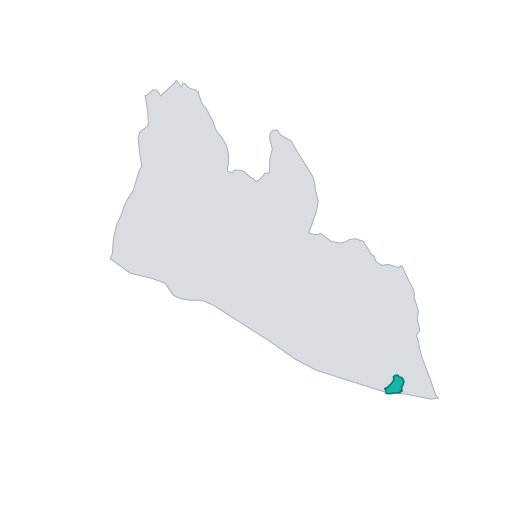 Grand Cess Wedabo, Grand Kru, Liberia shown in context, rotated 342°
{"feature_id": "62588387B28167569470031", "entity_name": "Grand Cess Wedabo", "entity_type": "district", "adm_level": 2, "iso_a3": "LBR", "parent_name": "Liberia", "parent_adm1": "Grand Kru", "projection": "equal_earth", "projection_center": [-8.082, 4.634], "detail": "fine", "context": "in_parent", "style": "filled", "palette": "teal", "viewbox_px": 512, "rotation_deg": 342, "n_neighbors": 0, "source": "geoboundaries", "source_scale": "gbopen_adm2", "svg_char_len": 4480}
<svg xmlns="http://www.w3.org/2000/svg" viewBox="0 0 512 512"><g transform="rotate(342 256 256)"><path d="M116.5,213.5L120.1,209.4L125.4,196.3L132.8,183.7L139.8,176.2L145.3,168.5L151.0,162.6L159.4,155.8L172.1,137.6L175.1,135.5L177.1,123.0L180.3,107.1L184.0,102.1L192.6,99.2L194.6,96.4L197.7,85.2L199.7,72.1L199.9,69.3L203.3,68.9L209.1,66.1L212.5,67.4L214.0,71.1L214.7,74.3L232.3,66.1L233.9,64.5L234.8,64.7L237.0,72.1L238.3,71.7L239.4,69.5L240.5,69.3L241.9,70.3L243.3,73.7L245.5,76.8L249.3,79.0L251.7,82.0L251.5,89.8L252.4,97.5L254.0,99.2L254.9,103.8L255.4,108.8L256.3,111.4L256.9,116.5L256.6,121.9L257.2,125.7L260.0,132.3L261.8,140.6L261.8,146.5L260.8,152.7L258.9,158.3L255.6,164.5L255.3,166.9L257.3,168.5L260.2,168.9L262.7,167.6L268.9,170.4L272.2,174.5L275.1,179.5L277.7,182.1L278.8,185.2L283.3,184.3L288.4,181.3L289.5,179.9L291.0,180.6L294.3,180.9L296.6,175.5L298.5,169.1L302.5,162.3L304.5,159.6L305.0,155.3L305.2,149.6L306.6,144.7L309.9,142.0L313.5,142.1L315.4,143.1L316.4,147.8L319.3,151.4L321.7,153.9L323.0,155.0L325.0,157.8L327.0,167.3L334.6,198.2L334.2,206.7L332.7,212.3L332.6,217.7L332.1,223.1L327.5,231.9L313.7,250.0L314.8,251.6L318.0,253.6L321.4,254.7L324.1,254.1L327.6,258.7L331.3,264.3L335.2,267.3L340.9,269.9L345.8,270.2L350.0,269.2L356.0,270.3L362.3,275.0L364.5,282.7L366.0,289.5L368.2,292.9L368.5,298.8L373.0,303.9L379.4,304.9L387.8,310.9L389.9,310.6L390.8,309.9L391.8,311.0L393.9,328.4L395.5,337.6L394.7,341.4L393.6,344.3L393.5,358.3L389.7,366.4L389.1,375.3L388.1,378.1L384.0,380.7L384.0,387.5L382.9,395.7L382.5,404.4L383.7,427.3L383.9,444.3L385.7,447.5L377.9,446.1L354.8,433.1L337.1,425.7L277.7,383.1L261.2,366.0L242.2,340.6L200.0,289.4L190.4,281.2L178.2,277.2L170.7,272.8L165.4,268.1L161.1,253.9L150.6,245.5L131.1,233.5L116.5,213.5Z" fill="#d9dde1" stroke="#a8b0b8" stroke-width="1"/><path d="M337.3,426.8L337.4,427.0L337.6,427.2L337.7,427.3L338.1,427.3L338.3,427.4L338.6,427.4L338.8,427.5L339.0,427.5L339.4,427.7L339.5,427.7L339.8,428.0L340.0,428.0L340.3,428.1L340.5,428.2L340.8,428.3L341.0,428.3L341.4,428.5L341.6,428.6L342.0,428.6L342.3,428.6L342.7,428.7L343.2,428.8L343.5,428.8L343.8,428.8L344.2,428.9L344.4,428.9L344.6,429.0L344.9,429.0L345.1,429.0L345.4,429.1L345.6,429.1L345.9,429.2L346.1,429.2L346.3,429.3L346.5,429.3L346.8,429.4L347.1,429.5L347.3,429.6L347.6,429.6L348.1,429.7L348.3,429.8L348.6,429.9L348.8,430.0L349.1,430.1L349.4,430.2L349.7,430.3L349.9,430.3L350.1,430.4L350.2,430.5L350.4,430.5L350.6,430.6L350.8,430.6L351.0,430.5L351.0,430.4L351.4,430.1L351.5,430.0L351.5,429.8L351.6,429.5L351.5,429.4L351.4,429.2L351.4,428.9L351.5,428.8L351.8,428.9L352.0,429.1L352.1,429.4L352.3,429.4L352.5,429.5L352.9,429.7L353.0,429.6L353.0,429.3L352.9,429.2L352.9,428.8L353.0,428.7L353.3,428.7L353.4,428.8L353.5,428.7L353.4,428.4L353.2,428.3L353.2,428.2L353.3,428.0L353.4,427.9L353.5,427.8L353.6,427.5L353.7,427.3L353.8,427.1L353.8,426.8L353.8,426.6L353.7,426.4L353.6,426.2L353.8,425.9L354.0,425.7L354.3,425.6L354.3,425.4L354.5,425.2L354.7,424.9L354.8,424.9L355.0,424.9L355.3,424.7L355.6,424.4L355.8,424.1L356.0,423.8L356.1,423.7L356.1,423.4L356.2,423.2L356.3,423.2L356.3,422.8L356.4,422.7L356.6,422.6L356.7,422.4L356.9,422.3L357.0,422.3L357.1,422.2L357.1,422.3L357.1,422.1L357.4,421.9L357.6,421.9L357.7,421.7L357.7,421.4L357.8,421.2L358.0,421.1L358.0,420.8L357.9,420.6L357.8,420.4L357.7,420.1L357.7,419.9L357.6,419.6L357.6,419.3L357.7,418.8L357.8,418.6L357.6,418.2L357.3,417.9L357.4,417.6L357.4,417.4L357.3,417.1L357.2,416.9L357.2,416.7L356.8,416.6L356.6,416.5L356.4,416.4L356.2,416.2L355.8,415.9L355.4,415.6L355.1,415.4L354.8,415.2L354.6,415.2L354.5,414.7L354.4,414.4L354.4,414.0L354.2,413.6L354.0,413.2L353.8,413.0L353.8,412.9L353.6,412.8L353.4,412.8L353.0,412.8L352.4,412.7L351.8,412.7L350.7,412.6L350.1,413.0L349.9,413.3L349.6,413.3L349.4,413.4L349.2,413.6L349.1,414.1L349.1,414.5L349.1,415.0L349.2,415.3L349.2,415.6L349.0,415.9L348.9,416.1L348.8,416.3L348.3,416.8L347.2,417.7L346.8,418.0L346.6,418.2L346.3,418.4L345.7,418.8L345.3,418.9L345.0,419.2L344.9,419.5L344.5,419.7L344.2,419.9L344.0,420.0L343.7,420.0L343.3,419.9L343.0,420.0L342.5,420.4L342.2,420.6L341.8,420.7L341.5,420.8L341.2,421.1L340.9,421.6L340.6,421.9L340.4,421.9L340.1,421.9L339.9,421.8L339.5,421.7L339.2,421.7L338.9,421.7L338.6,421.6L338.4,421.7L338.1,421.7L337.9,421.7L337.6,421.7L337.4,421.8L337.5,422.2L337.6,422.3L337.5,422.6L337.6,422.8L337.7,423.0L337.7,425.0L337.5,425.5L337.5,425.9L337.4,426.2L337.4,426.6L337.3,426.8Z" fill="#14b8a6" stroke="#0f766e" stroke-width="1.5"/></g></svg>